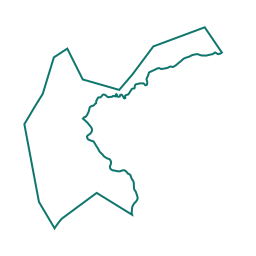 Chinda, Santa Bárbara, Honduras (Mercator projection), rotated 83°
{"feature_id": "27666195B5560017961245", "entity_name": "Chinda", "entity_type": "district", "adm_level": 2, "iso_a3": "HND", "parent_name": "Honduras", "parent_adm1": "Santa Bárbara", "projection": "mercator", "projection_center": [-88.15, 15.16], "detail": "fine", "context": "isolated", "style": "outline", "palette": "teal", "viewbox_px": 256, "rotation_deg": 83, "n_neighbors": 0, "source": "geoboundaries", "source_scale": "gbopen_adm2", "svg_char_len": 5628}
<svg xmlns="http://www.w3.org/2000/svg" viewBox="0 0 256 256"><g transform="rotate(83 128 128)"><path d="M214.7,134.4L214.4,134.4L214.0,134.5L213.7,134.6L213.4,134.6L213.1,134.7L212.9,134.7L212.7,134.7L212.2,134.6L211.8,134.6L210.8,134.3L210.1,134.1L209.2,134.0L208.4,133.8L207.4,133.5L207.0,133.4L206.7,133.3L206.5,133.2L206.3,133.1L206.0,132.9L205.7,132.7L205.3,132.4L204.9,132.1L204.7,132.0L204.3,131.6L204.0,131.4L203.6,131.0L203.5,130.9L203.2,130.6L203.0,130.3L202.8,130.0L202.5,129.7L202.3,129.4L202.0,129.1L201.7,128.7L201.4,128.5L201.1,128.3L200.8,128.0L200.4,127.7L200.2,127.6L199.7,127.3L199.5,127.2L199.2,127.1L198.9,127.0L198.7,127.0L198.4,127.0L198.1,127.0L197.7,127.0L196.8,127.1L196.3,127.2L195.7,127.3L194.7,127.5L192.8,127.9L192.3,128.0L191.9,128.2L191.6,128.3L191.0,128.7L190.7,128.8L190.3,129.0L190.0,129.1L189.6,129.2L189.1,129.4L188.9,129.4L188.5,129.4L187.1,129.3L185.2,129.1L183.3,129.0L182.9,129.0L182.7,129.0L182.4,129.0L182.1,129.0L181.7,129.1L181.3,129.3L180.9,129.5L180.6,129.6L180.3,129.8L180.0,129.9L179.8,130.0L179.5,130.2L179.0,130.4L178.6,130.5L177.3,130.9L177.0,131.0L176.6,131.1L176.4,131.1L176.1,131.2L175.6,131.2L175.4,131.2L175.2,131.3L174.7,131.7L173.9,132.5L173.7,132.7L173.6,132.9L173.6,133.0L173.5,133.3L173.4,133.4L173.4,133.5L173.1,133.8L172.9,133.9L172.5,134.1L172.1,134.3L171.3,134.9L171.0,135.1L170.7,135.4L170.5,135.5L170.4,135.7L170.2,135.9L170.0,136.1L169.9,136.3L169.7,136.5L169.5,136.9L169.4,137.2L169.4,137.3L169.3,137.6L169.3,138.0L169.4,138.5L169.5,139.1L169.6,139.6L169.8,140.3L169.9,140.6L169.9,141.0L170.0,141.3L170.0,141.6L169.9,142.1L169.9,142.7L169.7,143.3L169.6,143.7L169.5,144.3L169.1,145.2L168.9,145.9L168.7,146.3L168.5,147.0L168.4,147.5L168.3,147.9L168.1,148.2L168.0,148.5L167.8,148.8L167.6,149.1L167.3,149.5L167.1,149.7L167.0,149.9L166.7,150.1L166.5,150.3L166.2,150.4L166.0,150.5L165.7,150.6L165.3,150.7L165.0,150.7L164.8,150.7L164.6,150.7L164.3,150.7L164.1,150.6L163.8,150.5L163.5,150.4L163.3,150.3L163.0,150.1L162.8,150.0L162.5,149.8L162.1,149.7L161.5,149.4L160.8,149.2L160.4,149.1L160.1,149.0L159.9,149.0L159.7,149.0L159.3,149.0L159.0,149.1L158.6,149.2L158.2,149.3L157.8,149.5L157.5,149.6L157.2,149.8L156.9,150.0L156.7,150.2L156.6,150.4L156.5,150.5L156.3,151.0L156.1,151.4L155.8,152.0L155.4,152.7L155.1,153.0L154.4,154.0L154.0,154.4L153.6,154.8L153.4,155.0L153.1,155.4L152.9,155.5L152.6,155.7L152.4,155.9L151.9,156.1L151.7,156.2L151.4,156.4L151.2,156.5L150.7,156.9L150.1,157.4L149.7,157.8L149.1,158.2L148.8,158.4L148.3,158.8L148.0,159.0L147.6,159.2L147.3,159.4L146.9,159.5L146.5,159.7L145.3,160.1L144.5,160.4L141.9,161.7L138.0,163.4L137.3,163.7L137.2,163.8L136.6,164.8L136.5,165.2L136.2,165.9L135.8,166.6L135.7,166.9L135.5,167.4L135.2,167.9L134.8,168.4L134.6,168.7L134.5,168.9L134.3,169.0L134.0,169.2L133.4,169.4L133.1,169.6L132.6,169.7L132.4,169.7L132.2,169.8L131.9,169.8L131.6,169.7L131.4,169.7L131.1,169.5L130.9,169.3L130.7,169.1L130.6,168.9L130.4,168.7L130.1,168.3L130.0,168.0L129.8,167.7L129.7,167.3L129.6,167.0L129.4,166.8L129.3,166.5L129.0,166.2L128.8,165.9L128.5,165.6L128.1,165.2L127.8,165.0L127.5,164.8L127.1,164.5L126.7,164.3L126.4,164.2L126.1,164.1L125.9,164.0L125.5,164.0L125.3,164.0L125.0,163.9L124.7,163.9L124.5,164.0L124.2,164.0L123.6,164.2L123.4,164.2L123.2,164.3L122.6,164.6L122.1,164.9L121.3,165.4L119.7,166.4L118.9,166.9L118.0,167.5L117.5,167.9L117.0,168.3L116.5,168.7L115.7,169.3L115.4,169.6L113.2,171.6L112.0,170.3L111.9,169.6L111.6,168.5L110.0,166.9L109.0,166.4L107.3,165.2L106.1,164.7L104.4,164.1L102.8,163.3L102.1,162.4L101.8,161.6L101.8,160.8L101.3,159.0L100.5,158.3L100.2,158.0L99.9,157.3L99.4,156.6L98.2,156.4L96.8,155.9L95.7,155.0L95.0,154.7L94.2,154.0L94.0,152.9L94.2,152.6L94.3,151.9L93.5,150.5L92.3,149.5L91.8,148.7L91.8,148.0L92.4,146.6L93.3,145.7L94.3,144.9L94.8,144.3L95.1,142.9L94.9,142.2L95.0,141.2L95.1,140.7L95.1,140.1L94.4,139.0L94.6,137.9L94.9,137.2L95.1,136.5L94.7,136.3L94.5,136.2L93.7,136.1L93.2,135.9L93.0,135.5L93.5,135.0L94.5,134.9L95.4,134.8L95.8,134.0L95.8,133.6L95.9,132.9L95.7,132.3L95.1,132.1L94.4,131.8L94.1,131.1L94.2,130.3L94.7,129.8L95.7,129.3L96.8,128.8L97.4,128.6L97.8,128.4L98.2,127.8L98.0,127.1L97.7,127.0L97.4,127.0L96.5,127.1L95.7,126.9L95.1,126.1L94.9,125.0L94.9,124.1L94.4,123.3L93.7,122.7L92.6,121.9L91.6,121.0L90.6,120.2L89.9,119.7L89.5,119.0L89.5,117.1L89.3,116.7L88.2,116.3L87.7,116.3L87.0,116.1L86.2,115.6L86.0,115.4L85.6,114.8L85.6,114.1L85.4,113.0L85.3,111.3L85.1,110.6L85.3,109.8L85.4,109.0L85.5,108.3L85.5,107.4L86.2,106.6L87.1,106.0L87.6,105.7L87.7,104.8L87.4,104.1L86.8,103.7L85.0,103.3L82.6,103.6L81.9,103.7L80.7,103.2L79.4,102.3L78.2,101.6L76.2,100.7L75.6,100.5L74.9,99.2L74.8,98.4L74.2,96.9L73.7,94.9L72.9,92.9L72.5,91.5L72.4,91.1L72.3,89.8L72.9,88.9L73.4,88.0L73.5,86.6L73.4,84.4L73.2,82.1L73.0,81.0L72.6,79.9L72.1,78.6L72.2,77.9L72.6,77.2L72.8,76.6L72.9,75.9L72.5,74.7L71.2,72.2L69.3,69.4L68.1,67.3L66.3,64.9L65.8,63.8L65.4,62.6L65.1,61.2L64.9,59.9L64.7,58.7L64.3,57.7L63.9,56.7L63.6,55.7L63.3,54.4L63.2,52.8L63.1,51.5L63.1,50.0L63.8,48.7L64.7,46.8L65.1,45.8L65.2,44.2L65.6,42.4L65.6,41.0L65.4,39.3L65.2,37.9L65.1,36.4L65.1,35.2L64.7,34.5L63.7,32.5L63.8,32.3L63.8,32.0L63.9,31.8L64.0,31.7L64.6,31.1L64.8,30.8L65.1,30.5L65.4,30.1L65.5,29.8L65.6,29.6L65.6,29.4L65.7,29.2L65.7,28.8L65.7,28.7L65.6,28.3L65.5,28.0L65.4,27.5L65.3,27.2L65.2,27.0L65.0,26.6L64.8,26.1L64.7,25.8L64.6,25.6L37.4,39.6L50.1,92.9L75.4,117.1L89.1,132.1L74.3,167.0L41.8,178.6L48.9,193.0L83.8,208.5L94.4,217.1L111.6,230.4L190.5,225.4L218.6,213.1L218.1,212.8L216.7,211.5L215.4,210.2L214.2,209.2L213.1,208.1L211.5,206.5L210.0,204.9L188.6,167.0L214.7,134.4Z" fill="none" stroke="#0f766e" stroke-width="2"/></g></svg>